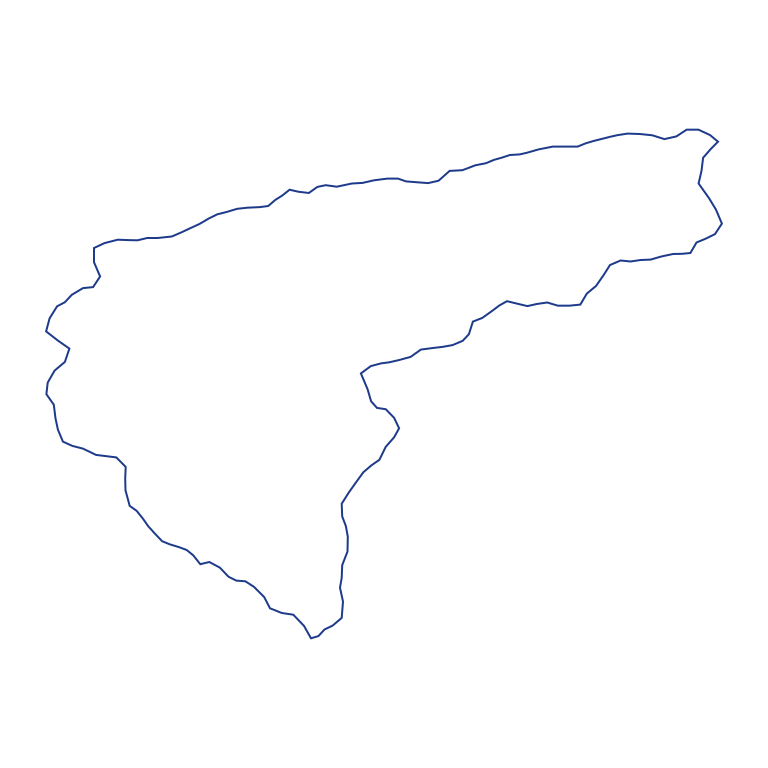 Natércia, Minas Gerais, Brazil
{"feature_id": "56859067B44259547062603", "entity_name": "Natércia", "entity_type": "district", "adm_level": 2, "iso_a3": "BRA", "parent_name": "Brazil", "parent_adm1": "Minas Gerais", "projection": "equal_earth", "projection_center": [-45.499, -22.144], "detail": "fine", "context": "isolated", "style": "outline", "palette": "blue", "viewbox_px": 768, "rotation_deg": 0, "n_neighbors": 0, "source": "geoboundaries", "source_scale": "gbopen_adm2", "svg_char_len": 2312}
<svg xmlns="http://www.w3.org/2000/svg" viewBox="0 0 768 768"><path d="M62.9,441.6L72.3,445.9L82.9,448.6L96.0,454.9L116.3,457.4L125.7,466.9L125.2,478.4L125.5,490.4L129.7,505.9L136.6,510.8L142.8,518.5L148.2,526.2L154.6,533.3L162.1,541.2L170.0,544.4L178.6,547.0L186.7,550.0L193.3,555.4L200.3,564.2L209.3,562.0L219.8,567.6L228.6,576.8L236.3,580.6L245.4,581.3L254.0,586.9L264.2,597.1L270.0,608.3L281.8,613.0L293.3,614.7L304.0,625.9L311.0,638.3L318.4,636.1L324.5,629.5L332.6,625.6L341.7,617.9L343.0,601.6L340.0,587.7L341.7,577.9L342.2,565.2L347.5,551.5L347.8,536.7L345.9,526.2L342.2,516.4L341.7,503.7L348.6,492.8L355.6,482.9L363.4,472.2L371.6,465.2L379.4,459.8L385.7,446.9L394.1,437.3L399.1,428.3L394.1,417.8L385.7,409.2L377.0,407.9L371.1,401.3L367.6,389.3L360.9,373.4L370.8,366.1L381.0,363.4L389.3,362.3L398.8,360.1L410.6,356.9L420.8,349.6L433.6,347.9L442.5,346.9L452.5,345.1L462.7,340.8L468.9,334.2L472.9,321.6L482.3,317.9L491.0,311.7L499.6,305.3L507.0,301.2L516.9,303.6L527.4,306.1L536.8,304.0L547.2,302.5L557.9,305.7L569.3,305.7L580.3,304.6L586.9,293.5L596.0,286.0L603.8,274.8L610.0,265.0L620.6,260.5L630.5,261.5L640.7,260.0L650.6,259.6L660.9,256.6L673.0,254.0L682.1,253.8L690.4,253.0L696.5,242.5L705.9,238.6L715.0,234.1L721.9,223.6L715.9,209.5L709.1,198.3L698.6,183.5L701.5,170.9L703.1,157.8L710.4,149.4L718.0,141.7L710.1,135.1L698.5,129.7L686.6,129.7L676.4,136.4L664.4,139.1L652.3,135.3L639.8,134.0L627.6,133.6L617.7,135.1L610.1,136.8L601.0,139.1L593.1,141.1L585.5,143.4L577.6,146.6L567.2,146.6L552.8,146.6L538.6,149.4L527.1,152.7L519.8,154.4L509.9,155.0L502.0,157.6L493.9,159.9L486.0,163.2L475.3,165.3L462.4,170.2L449.6,170.9L438.6,180.7L428.2,183.1L418.7,182.4L406.1,181.4L398.0,178.6L387.3,178.6L374.0,180.3L362.6,182.9L351.9,183.5L336.8,186.7L325.7,185.2L317.4,186.9L308.8,193.0L298.2,191.7L289.6,189.7L282.3,195.5L275.2,200.0L268.2,206.0L260.0,207.1L247.3,207.7L237.2,208.8L226.5,212.0L217.1,214.4L208.4,218.7L199.8,223.8L189.6,228.5L180.9,232.6L171.8,236.5L157.6,238.0L147.2,238.0L137.5,240.3L128.0,240.1L117.8,239.7L104.5,243.1L94.0,248.0L94.0,262.2L100.1,276.5L93.1,287.1L83.0,288.1L71.8,294.8L64.8,302.3L57.1,306.3L49.6,318.3L46.1,331.4L58.2,340.8L69.4,348.6L64.9,361.9L54.6,370.6L47.7,382.6L46.4,394.2L53.8,404.7L55.5,418.4L57.9,429.6L62.9,441.6Z" fill="none" stroke="#1e3a8a" stroke-width="2"/></svg>